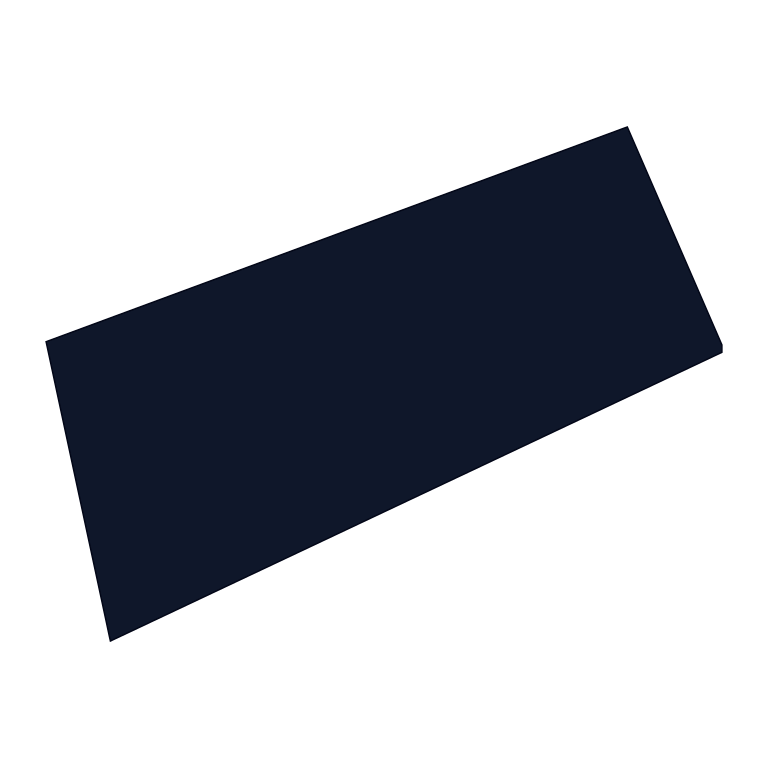 outline of 50, Al Wakrah, Qatar
{"feature_id": "91078587B62879560621739", "entity_name": "50", "entity_type": "district", "adm_level": 2, "iso_a3": "QAT", "parent_name": "Qatar", "parent_adm1": "Al Wakrah", "projection": "natural_earth1", "projection_center": [51.562, 25.219], "detail": "fine", "context": "isolated", "style": "filled", "palette": "ink", "viewbox_px": 768, "rotation_deg": 0, "n_neighbors": 0, "source": "geoboundaries", "source_scale": "gbopen_adm2", "svg_char_len": 251}
<svg xmlns="http://www.w3.org/2000/svg" viewBox="0 0 768 768"><path d="M721.9,352.3L721.9,344.9L627.3,127.0L624.2,128.1L346.6,230.6L46.1,341.7L106.3,621.9L109.4,636.5L110.4,641.0L721.9,352.3Z" fill="#0f172a" stroke="#020617" stroke-width="1.5"/></svg>